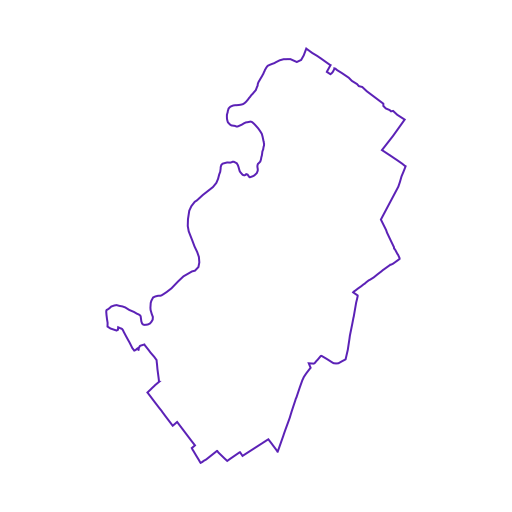 the district of Mihailesti, Giurgiu, Romania, rotated 276°
{"feature_id": "2599482B73686202162005", "entity_name": "Mihailesti", "entity_type": "district", "adm_level": 2, "iso_a3": "ROU", "parent_name": "Romania", "parent_adm1": "Giurgiu", "projection": "equal_earth", "projection_center": [25.91, 44.314], "detail": "fine", "context": "isolated", "style": "outline", "palette": "violet", "viewbox_px": 512, "rotation_deg": 276, "n_neighbors": 0, "source": "geoboundaries", "source_scale": "gbopen_adm2", "svg_char_len": 6048}
<svg xmlns="http://www.w3.org/2000/svg" viewBox="0 0 512 512"><g transform="rotate(276 256 256)"><path d="M407.2,389.6L411.2,381.7L414.6,377.2L414.0,375.1L415.1,373.7L416.3,369.7L418.5,367.0L420.8,366.7L431.4,349.0L435.2,344.0L435.7,340.5L437.5,338.6L440.2,333.0L443.0,329.6L446.9,322.3L449.4,317.1L450.6,315.4L450.8,314.3L450.0,314.3L447.2,313.2L445.6,312.1L444.6,311.0L446.5,307.2L446.9,307.3L448.5,308.0L451.1,309.1L453.6,310.2L453.9,309.4L455.8,306.0L458.8,300.7L461.4,295.9L463.8,290.7L467.5,284.3L460.5,282.5L455.7,280.4L453.2,276.3L455.4,269.6L454.6,262.9L453.1,259.1L450.6,255.2L449.8,254.2L448.7,251.9L447.5,249.6L446.4,247.8L445.4,247.1L443.9,246.3L442.9,245.9L442.1,245.5L441.4,245.3L440.6,245.1L439.7,244.7L439.0,244.5L438.1,244.3L437.1,243.8L436.0,243.4L431.9,241.5L430.9,241.1L430.0,240.6L428.8,240.2L427.8,239.9L427.0,239.8L425.9,239.8L425.2,239.7L424.7,239.5L424.2,239.3L423.0,239.0L420.8,238.4L420.2,237.9L419.5,237.5L418.9,237.0L416.9,235.7L416.2,235.1L415.3,234.4L413.5,233.4L412.6,232.7L410.5,231.5L409.7,230.9L408.6,230.2L407.0,228.8L405.8,227.4L405.2,226.0L404.7,224.4L404.3,222.7L403.9,220.6L403.8,219.6L403.6,218.7L403.3,217.6L402.3,215.7L401.7,214.8L401.0,214.2L399.8,213.3L399.0,213.2L398.1,213.0L397.2,212.8L396.1,212.8L394.5,212.5L393.3,212.3L392.9,212.4L392.2,212.4L390.8,212.6L389.4,212.8L387.6,213.4L386.0,214.1L384.7,215.6L383.9,216.6L383.3,217.9L383.2,220.5L383.2,221.3L382.8,222.8L382.7,223.5L383.1,224.6L385.1,228.1L386.8,230.3L387.8,232.0L388.2,233.7L389.1,236.5L388.9,237.7L388.6,238.4L387.3,240.2L386.3,241.4L385.4,242.4L384.3,243.6L383.4,244.6L382.2,245.7L380.2,247.4L378.1,249.0L375.3,250.1L373.7,250.6L372.2,251.1L371.1,251.4L370.4,251.8L369.5,251.9L368.4,252.3L366.6,252.4L365.2,252.1L364.5,252.1L363.4,252.0L362.7,252.0L361.8,251.7L360.4,251.4L358.8,251.4L356.5,251.3L354.9,251.0L353.5,250.9L352.2,250.8L351.5,250.6L350.4,250.4L349.2,249.5L348.6,249.0L347.8,248.3L346.5,248.0L345.3,248.0L343.9,248.3L342.6,248.7L341.0,248.8L338.5,248.1L337.7,247.4L336.6,246.5L335.8,245.7L335.0,244.5L333.8,242.0L333.7,241.3L334.6,240.4L336.1,239.1L336.4,237.7L335.6,237.2L335.0,236.0L335.2,234.6L335.6,233.9L336.5,233.0L337.1,232.3L337.9,231.5L338.7,230.9L340.4,230.2L342.7,229.3L344.4,228.5L345.6,227.6L346.2,227.2L347.0,225.2L347.4,224.1L347.3,223.8L347.4,223.2L346.9,222.3L346.2,220.8L346.0,217.5L345.0,214.8L344.3,213.1L342.9,212.0L340.7,211.6L339.1,211.7L335.9,211.6L333.4,210.9L328.7,210.2L324.5,208.9L320.1,206.0L311.3,196.9L305.0,191.3L303.5,189.4L298.8,186.5L294.1,184.9L285.6,184.5L278.7,185.0L273.5,186.5L264.8,191.0L259.0,193.9L253.8,197.1L249.1,199.3L243.7,200.3L239.0,199.9L235.0,196.8L234.0,194.0L232.1,191.4L228.2,186.0L222.6,181.2L215.0,175.3L210.8,170.9L208.4,168.0L207.0,166.2L206.5,165.1L206.2,162.7L205.2,160.0L204.0,158.0L200.5,156.6L198.3,156.2L196.1,156.3L193.6,156.4L191.3,156.8L187.6,158.3L184.6,159.8L181.9,159.9L179.7,158.9L177.8,157.6L176.5,155.5L176.5,155.0L176.2,154.3L175.8,152.0L176.1,150.8L176.9,149.8L179.0,148.8L183.9,147.6L184.7,147.1L185.6,145.5L186.2,143.5L187.6,140.5L189.1,135.6L191.2,131.3L191.9,128.4L192.1,125.4L192.6,122.5L192.0,120.3L190.6,117.3L189.0,115.9L187.9,114.8L187.3,114.0L186.8,113.2L186.3,112.9L185.6,112.9L184.8,112.9L181.6,113.5L177.7,114.4L174.0,115.4L170.3,115.7L168.7,118.8L167.3,125.1L168.2,126.4L170.7,126.4L169.8,129.1L169.8,129.6L169.4,130.4L169.3,130.6L169.0,130.8L168.6,131.2L168.1,131.6L167.0,132.2L162.4,135.3L160.4,136.7L159.1,137.6L157.3,138.9L156.1,139.7L151.4,142.7L150.4,143.7L149.5,144.5L149.2,144.8L149.6,145.6L149.8,145.8L150.2,146.4L151.2,147.2L151.5,147.6L151.9,148.1L150.4,148.9L150.5,149.1L151.2,149.0L151.6,148.9L152.2,149.1L153.1,149.4L153.8,149.7L154.3,149.9L154.5,150.2L154.8,150.6L156.3,154.2L156.1,154.3L151.2,159.1L149.0,161.1L145.1,165.3L142.1,168.0L140.0,168.4L138.3,168.8L133.2,169.8L124.9,171.8L123.2,172.2L121.1,172.6L120.8,172.7L120.8,172.8L118.1,170.2L117.1,169.2L116.3,168.6L113.9,166.5L112.4,165.3L108.9,162.3L104.6,166.4L102.2,168.6L98.6,172.0L94.7,175.7L93.5,176.9L92.2,178.2L90.9,179.3L87.2,182.7L78.5,190.9L79.8,192.2L82.7,194.9L82.5,195.1L66.5,210.1L65.0,211.5L61.3,215.1L60.1,214.0L58.3,212.2L56.6,213.3L55.5,214.2L51.2,217.4L47.3,220.4L45.2,221.9L44.5,222.5L45.4,223.9L45.6,224.3L46.0,224.5L47.1,225.8L47.9,227.0L48.4,227.7L58.1,237.6L58.1,237.8L57.3,238.5L56.5,239.3L54.4,242.0L51.5,245.7L50.6,246.9L49.2,248.8L49.8,249.5L51.6,251.5L59.1,260.3L59.2,260.6L55.8,263.5L75.0,287.4L70.5,291.7L69.8,292.3L68.1,293.9L65.3,296.5L64.1,297.5L63.8,297.8L63.6,297.9L63.6,298.0L66.4,298.7L74.4,300.6L79.8,301.9L81.7,302.3L85.1,303.1L96.7,306.0L99.2,306.6L99.3,306.6L99.9,306.7L105.1,307.7L114.3,309.7L116.6,310.2L118.2,310.5L119.9,311.1L120.1,311.1L130.0,313.3L137.4,315.1L139.3,315.8L140.1,316.0L141.0,316.4L143.5,317.7L145.1,318.6L145.6,318.9L149.5,321.3L150.5,322.0L154.8,319.7L155.0,324.4L155.0,324.6L155.3,325.1L155.5,325.4L155.8,325.7L156.3,326.0L156.7,326.3L157.1,326.5L158.1,327.2L159.2,328.1L163.1,330.7L163.4,331.0L163.4,331.4L163.5,331.6L163.4,331.9L161.5,336.1L160.4,338.4L157.9,343.4L157.7,343.9L157.5,344.4L157.5,345.1L157.5,346.9L157.8,348.6L158.0,349.3L160.5,352.8L162.0,355.1L162.6,355.9L172.3,357.1L176.9,357.3L183.3,357.6L186.7,357.7L198.2,358.8L205.2,359.4L205.5,359.5L220.3,360.5L223.8,361.0L226.6,361.3L227.0,361.3L227.4,361.2L227.5,361.0L230.0,356.4L230.5,356.7L231.1,357.3L232.1,358.5L234.4,360.9L236.9,363.8L238.7,365.6L239.1,366.0L239.8,367.0L240.1,367.2L241.6,368.6L243.6,370.7L243.9,371.2L244.4,372.0L245.2,373.0L247.0,375.3L250.3,378.6L252.4,380.8L253.6,382.1L255.4,383.8L255.7,384.2L261.2,390.4L261.4,390.5L261.4,391.0L261.7,391.5L262.4,392.7L262.7,393.1L267.6,398.6L268.1,399.1L268.9,399.0L270.6,398.0L272.3,397.0L272.7,396.5L276.7,393.8L277.4,393.2L277.8,392.6L278.4,392.4L279.2,392.3L279.8,391.9L283.2,389.8L284.8,388.8L293.0,383.8L295.4,382.7L305.3,376.4L339.8,390.3L344.7,391.4L350.4,392.4L354.7,393.7L356.1,394.1L357.5,394.5L360.9,395.4L361.4,394.3L363.0,391.9L366.2,386.1L367.5,383.6L368.9,381.0L374.5,370.2L389.7,379.7L407.2,389.6Z" fill="none" stroke="#5b21b6" stroke-width="2"/></g></svg>